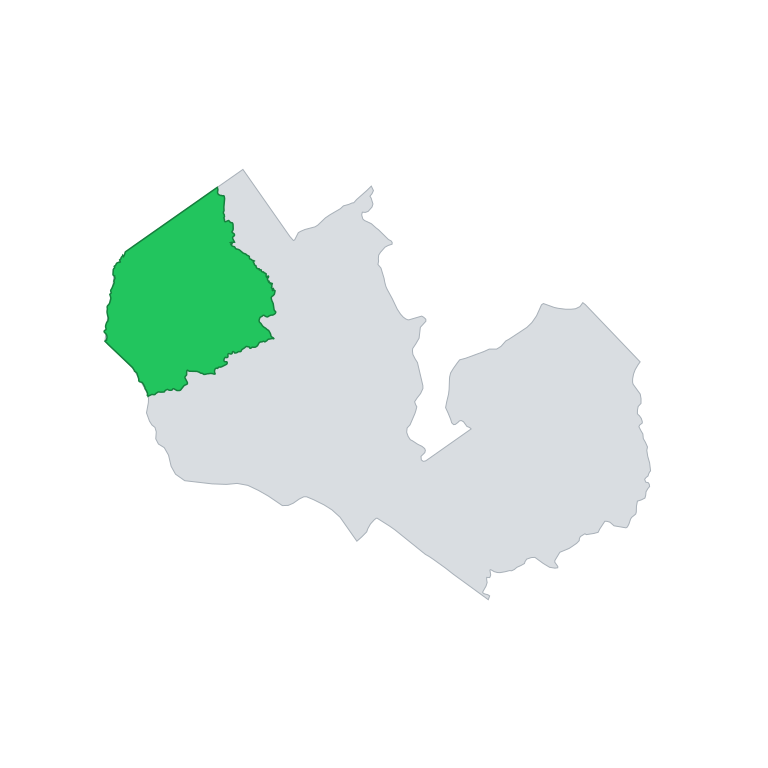 Zambia, with Western highlighted, rotated 55°
{"feature_id": "ZMB-523", "entity_name": "Western", "entity_type": "Province", "adm_level": 1, "iso_a3": "ZMB", "parent_name": "Zambia", "parent_adm1": "", "projection": "mercator", "projection_center": [24.246, -15.661], "detail": "fine", "context": "in_parent", "style": "filled", "palette": "green", "viewbox_px": 768, "rotation_deg": 55, "n_neighbors": 0, "source": "natural_earth", "source_scale": "10m", "svg_char_len": 9772}
<svg xmlns="http://www.w3.org/2000/svg" viewBox="0 0 768 768"><g transform="rotate(55 384 384)"><path d="M497.2,496.4L467.9,496.4L457.3,498.8L448.5,502.5L438.1,508.2L432.0,512.1L430.4,514.3L429.6,519.2L429.6,526.7L428.5,532.1L425.3,537.0L409.5,543.0L399.1,547.9L388.9,553.7L381.2,561.3L375.9,570.6L367.2,582.1L348.9,602.7L338.3,606.5L329.4,605.6L318.7,601.3L310.1,600.5L303.8,603.2L298.0,602.4L292.6,598.0L288.2,596.5L284.5,597.6L279.9,597.4L271.4,595.1L264.1,587.7L260.1,584.7L257.1,583.5L248.3,582.3L228.2,580.6L207.3,584.3L188.9,588.0L170.2,571.6L152.2,554.4L148.4,550.0L141.6,544.2L136.7,541.4L134.8,540.0L130.0,524.7L127.3,510.6L127.3,376.5L209.2,376.5L214.5,375.9L214.7,374.5L210.9,367.4L211.1,364.9L212.1,360.1L215.7,350.4L215.9,347.2L214.3,336.7L214.4,330.9L215.4,319.1L214.8,315.1L216.7,309.8L217.4,306.3L218.2,304.8L217.2,300.7L215.6,286.7L214.6,280.9L219.5,281.7L221.2,284.6L222.1,287.8L224.3,287.9L230.2,289.8L232.2,292.4L233.5,298.0L232.7,300.9L230.8,303.2L232.7,305.3L236.6,306.7L238.9,306.2L245.5,302.4L251.5,301.0L254.6,300.0L268.2,297.5L270.9,296.1L272.7,296.1L274.1,297.2L272.9,301.2L272.5,304.7L274.1,311.4L275.4,314.5L278.2,316.8L280.3,318.0L282.6,320.4L287.3,320.0L297.6,323.4L300.8,324.9L305.1,326.5L308.2,327.1L318.9,328.3L330.2,330.2L336.1,330.4L340.2,329.9L343.1,328.9L344.9,327.8L345.7,326.9L350.0,314.2L352.1,313.2L354.9,312.6L356.6,313.7L358.4,321.7L366.6,329.0L369.4,335.0L371.4,340.2L373.2,341.7L376.3,343.4L381.2,344.1L385.6,344.3L407.6,353.1L410.0,354.7L412.8,359.5L414.4,364.8L416.1,369.1L418.9,369.9L421.5,370.2L424.0,373.1L425.9,375.6L432.4,386.1L433.3,390.3L436.5,393.1L440.8,394.3L444.7,394.4L447.0,393.2L452.6,391.0L457.0,388.6L460.2,387.7L462.1,388.2L463.6,389.9L464.5,395.2L467.6,397.0L469.9,396.2L470.8,394.2L470.9,393.2L470.8,338.4L468.8,338.8L466.3,340.4L460.5,340.5L458.2,341.7L457.5,343.4L457.9,345.7L458.0,348.8L457.2,350.3L454.6,350.8L451.0,349.6L444.3,348.1L438.7,347.1L434.7,343.0L429.3,336.9L425.7,333.7L417.2,327.3L415.7,326.0L413.1,323.0L410.9,317.9L408.8,312.0L407.6,308.2L409.7,302.5L414.7,283.6L415.8,277.7L420.0,271.8L420.3,266.5L418.6,259.6L419.0,255.9L419.6,234.4L418.5,227.6L415.7,220.0L409.5,209.6L409.5,207.3L419.0,200.6L421.8,198.0L426.8,192.5L430.1,187.8L432.2,184.0L433.0,179.1L431.4,174.5L434.6,173.5L512.8,161.5L513.9,164.7L516.3,170.0L519.0,173.9L522.4,177.4L525.2,179.4L527.1,180.1L539.2,179.9L543.5,181.9L547.3,184.6L548.2,188.7L550.7,191.3L553.4,193.3L554.5,193.5L556.5,193.0L559.7,193.0L562.7,193.9L564.1,194.8L564.3,198.2L565.2,199.7L569.3,200.3L573.4,200.6L577.4,202.9L581.7,203.3L586.7,204.3L589.1,206.8L594.4,209.4L601.0,211.7L608.1,215.5L608.3,216.7L609.5,218.9L610.8,220.5L610.9,222.9L611.5,225.1L613.3,225.6L614.8,225.8L616.2,224.2L618.2,224.2L620.3,225.2L621.0,227.8L622.6,231.2L625.3,233.5L627.1,235.7L626.5,239.8L625.3,243.6L628.9,247.3L633.6,250.8L634.9,252.4L635.3,257.6L636.0,259.4L639.2,263.7L640.7,266.6L640.6,268.3L632.1,276.9L626.8,278.2L624.5,280.0L623.1,281.8L626.5,290.4L628.3,293.7L626.8,297.8L623.4,304.7L621.9,305.3L621.6,310.6L622.6,312.5L624.3,314.0L625.0,317.6L624.9,326.4L622.7,336.5L626.6,345.3L627.9,346.3L633.2,346.3L634.2,347.1L632.9,349.6L629.1,353.5L622.3,356.5L612.6,359.8L610.6,363.0L609.3,367.6L610.4,370.4L611.6,371.9L611.2,376.0L610.4,380.3L610.7,383.6L610.2,386.6L608.9,388.1L607.2,392.6L605.1,397.1L603.5,399.2L601.0,401.3L597.2,403.1L597.2,404.0L601.6,406.1L602.7,407.6L603.2,408.5L601.3,410.8L603.3,412.2L605.8,413.4L608.1,416.4L610.8,422.1L611.3,422.7L612.1,422.7L613.5,422.1L616.2,419.8L618.2,419.0L620.5,422.3L579.7,436.3L570.1,439.2L555.8,444.2L551.1,446.0L547.4,447.8L509.4,458.8L503.4,461.0L490.0,466.6L489.5,467.5L489.7,470.1L490.9,475.4L493.2,480.2L495.2,483.0L496.5,490.1L497.2,496.4Z" fill="#d9dde1" stroke="#a8b0b8" stroke-width="1"/><path d="M128.7,524.2L130.2,524.2L128.7,521.7L127.5,520.3L127.4,519.3L127.3,407.8L128.1,408.0L129.5,408.6L130.0,409.0L131.1,410.1L132.0,410.7L132.7,410.9L133.4,410.9L134.2,410.7L135.6,410.0L136.1,409.2L137.0,408.6L137.6,407.6L137.9,407.3L138.4,407.2L139.2,407.5L140.8,408.3L147.2,413.7L150.2,415.6L150.4,415.8L150.9,416.8L152.0,417.6L152.6,417.7L153.9,417.8L154.3,418.2L155.0,418.4L155.5,418.8L156.0,419.9L157.6,420.3L158.9,421.1L159.4,421.2L159.9,421.1L160.2,420.7L160.8,417.8L161.1,417.4L163.6,417.1L165.0,415.8L165.7,415.8L166.8,416.2L170.6,418.7L171.5,419.8L171.9,420.9L172.2,421.3L172.7,421.4L173.4,421.2L174.8,420.7L175.4,420.7L175.8,420.8L176.3,421.1L176.5,421.3L176.7,421.6L176.7,422.8L176.8,423.3L177.3,424.1L177.7,424.3L178.3,424.6L181.7,425.0L182.1,425.1L181.9,425.5L181.4,426.3L180.4,427.8L180.2,428.7L182.0,428.0L182.2,428.6L182.0,429.3L183.8,429.3L184.5,428.9L185.6,427.9L186.4,427.7L187.8,427.9L188.3,427.7L188.8,427.4L190.1,426.2L191.3,425.5L195.9,424.3L196.6,423.9L198.2,422.7L200.0,422.3L201.5,421.4L202.2,421.2L202.9,421.5L203.6,422.0L204.4,422.2L205.8,421.3L207.3,420.9L208.3,419.9L208.8,419.7L208.8,420.6L209.1,421.1L209.8,421.2L210.6,421.2L211.5,421.6L212.2,421.7L213.2,421.4L213.5,421.1L213.8,421.1L215.2,421.7L215.8,421.7L216.2,421.7L216.6,421.5L217.2,421.2L218.0,420.2L218.4,420.2L218.9,420.7L219.2,420.6L219.7,419.6L220.0,419.2L220.4,419.2L221.0,419.7L221.7,419.7L222.5,419.3L223.0,418.5L223.2,418.4L224.2,418.4L224.4,418.3L224.6,418.0L225.3,417.7L225.9,417.4L226.3,417.4L227.0,418.0L228.2,418.8L228.7,418.9L229.3,418.9L229.4,418.7L228.9,417.9L228.9,417.7L229.2,417.2L229.3,416.8L229.5,416.8L229.8,416.9L230.5,417.7L230.6,418.8L230.8,419.0L231.2,419.3L232.9,419.8L233.3,419.7L233.7,419.3L233.9,419.2L234.2,419.9L234.4,420.0L234.7,420.0L235.2,419.5L235.4,419.5L236.3,419.6L236.8,419.5L236.9,419.4L236.5,418.7L237.0,418.5L237.4,418.0L237.6,417.9L239.0,419.5L239.9,420.0L240.4,420.9L241.0,420.9L241.9,421.1L242.1,421.0L242.2,420.9L242.0,420.2L242.2,419.9L243.2,420.1L243.2,420.4L243.1,421.5L243.3,421.7L243.7,421.6L243.8,420.7L244.0,420.3L245.2,419.8L245.5,420.1L247.5,422.2L248.0,423.8L248.0,425.7L248.6,426.9L248.9,427.1L251.5,428.1L252.4,428.2L254.7,428.7L259.6,431.2L260.4,431.5L260.9,431.6L262.5,431.3L262.9,431.4L263.2,431.6L263.6,432.2L263.9,432.9L263.9,434.8L263.6,435.9L262.8,437.0L262.7,437.5L262.4,438.6L262.3,440.8L261.7,441.5L261.4,441.8L260.1,442.5L258.9,442.9L258.5,443.5L258.4,444.0L258.6,445.3L258.3,446.8L258.4,447.3L258.7,447.9L259.2,448.6L260.1,449.7L260.5,450.0L261.2,450.3L261.8,450.5L262.5,450.4L263.8,450.1L266.7,450.2L268.4,449.8L270.5,448.9L272.4,448.5L273.9,447.8L274.5,447.8L277.4,448.1L278.7,448.5L279.2,448.9L279.9,449.0L281.3,448.9L282.5,448.3L283.0,448.2L284.2,448.2L283.5,448.5L283.0,449.0L282.3,450.2L281.6,451.9L281.1,452.7L281.0,453.4L281.0,454.1L281.3,455.0L281.2,457.3L281.1,457.5L280.1,457.9L279.8,458.3L279.5,459.8L278.7,461.0L278.6,462.3L278.8,463.1L280.1,465.7L280.1,468.0L279.7,468.9L279.1,469.8L278.3,470.7L278.2,471.2L278.3,472.5L278.1,473.0L277.8,473.3L276.7,473.2L276.2,473.3L274.3,475.2L274.2,475.9L274.4,477.5L274.3,480.7L274.6,481.3L275.2,482.3L275.2,482.8L274.9,483.5L274.1,484.4L274.0,485.1L274.0,486.2L273.7,487.2L273.1,488.4L272.8,488.6L272.2,488.4L272.0,488.5L271.1,488.8L270.8,489.1L270.8,489.4L270.9,489.8L271.9,491.0L271.9,491.6L271.5,492.4L270.1,493.6L269.9,494.1L270.0,494.5L270.3,495.0L271.8,495.9L272.3,496.4L272.4,496.9L272.3,497.5L271.9,498.0L271.3,498.4L271.1,498.9L271.4,499.9L272.3,501.2L272.6,501.5L273.1,501.7L273.6,501.8L274.1,501.7L274.5,501.5L275.5,500.2L275.9,500.0L276.4,500.1L277.0,500.5L277.5,501.3L277.5,502.1L276.8,507.0L276.4,508.2L275.5,509.4L275.4,510.3L275.5,510.7L275.8,511.1L275.8,511.3L275.6,511.6L274.8,512.3L274.7,513.1L274.9,513.9L275.4,514.7L277.0,516.0L278.6,516.4L278.8,516.5L278.9,516.9L277.9,518.0L277.0,518.6L276.7,518.9L276.3,519.5L275.7,520.2L275.0,521.7L274.4,522.6L273.4,525.2L272.8,526.1L271.1,526.7L270.0,527.9L269.4,528.2L268.5,528.5L267.4,529.3L266.6,529.8L266.3,530.1L261.9,536.1L261.1,536.6L260.1,536.9L259.9,537.3L260.0,537.8L260.3,538.1L261.5,539.2L263.0,540.2L263.4,540.6L263.7,542.0L264.2,543.2L264.5,543.4L264.8,543.5L269.4,544.1L270.2,544.3L271.1,545.0L271.1,545.9L270.7,548.1L270.7,548.9L272.3,554.2L272.0,555.3L271.2,556.5L270.5,557.4L268.2,558.5L267.8,558.6L267.1,559.1L266.9,559.8L267.3,560.9L267.3,561.2L266.9,562.2L266.1,563.3L265.8,563.6L264.6,564.2L264.2,564.5L264.1,564.9L263.8,566.6L263.9,567.4L264.4,568.1L264.4,568.7L263.5,570.2L263.1,570.8L262.3,572.0L261.2,573.1L261.0,573.9L260.9,576.4L261.2,577.5L261.2,577.8L260.7,578.7L259.4,580.1L259.2,581.1L258.7,584.3L258.2,583.9L257.3,584.3L256.8,583.5L255.6,582.9L252.6,582.3L251.1,582.4L250.7,582.3L249.9,581.8L246.2,581.2L244.2,581.2L243.8,581.3L243.2,581.9L242.8,582.2L242.1,582.8L241.6,583.0L241.2,583.1L240.1,582.7L239.1,581.9L238.0,581.7L237.2,581.3L235.8,581.0L234.0,580.3L233.2,580.2L232.4,580.3L230.2,581.0L229.7,580.7L227.4,580.6L226.6,580.5L225.8,580.6L193.1,587.3L192.3,587.4L188.9,588.0L188.7,587.4L188.6,586.8L189.0,586.2L188.0,585.3L187.1,584.3L186.2,583.7L184.9,583.1L183.5,583.0L181.3,583.4L180.5,583.2L180.0,582.6L179.9,582.0L180.0,581.2L179.9,580.5L179.4,580.0L177.5,579.3L176.4,578.4L175.4,577.1L174.5,575.8L174.2,574.5L173.9,574.0L172.1,572.0L171.5,571.7L169.4,571.1L166.7,569.9L165.5,569.1L163.8,567.5L162.4,566.8L161.8,566.3L161.4,565.6L160.9,563.5L160.3,562.3L159.4,561.1L157.5,558.9L156.8,558.4L154.2,557.4L153.7,557.4L153.4,557.2L153.2,556.8L153.2,556.0L153.1,555.6L152.6,555.0L151.2,554.6L150.6,554.2L150.2,553.6L149.7,552.3L146.5,547.2L146.2,546.8L145.8,546.6L144.8,546.3L143.6,544.6L143.3,544.0L142.9,543.5L141.7,543.3L141.0,542.7L140.7,543.0L139.6,543.3L139.2,543.4L138.7,543.1L134.9,540.0L134.6,539.4L134.3,538.0L133.8,537.7L133.0,537.6L132.8,537.2L132.9,536.1L132.7,535.5L131.9,534.2L131.7,533.6L131.8,532.9L132.0,532.0L132.3,531.2L132.8,530.6L132.8,530.0L132.1,529.7L130.7,529.4L130.5,527.6L129.6,526.7L129.2,524.9L128.7,524.2Z" fill="#22c55e" stroke="#15803d" stroke-width="1.5"/></g></svg>